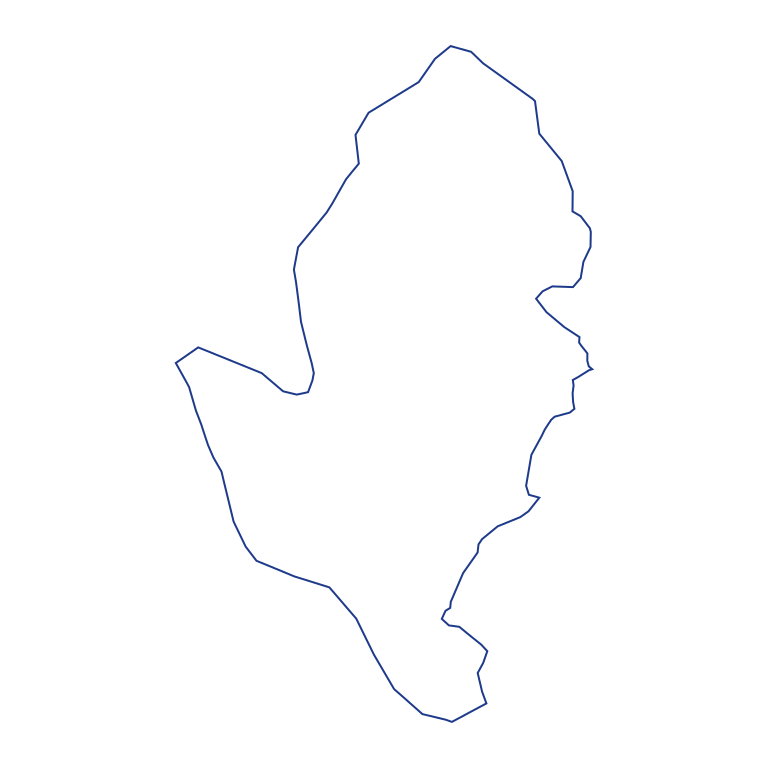 the district of Ogbadibo, Benue, Nigeria
{"feature_id": "59680162B26648923761656", "entity_name": "Ogbadibo", "entity_type": "district", "adm_level": 2, "iso_a3": "NGA", "parent_name": "Nigeria", "parent_adm1": "Benue", "projection": "natural_earth1", "projection_center": [7.68, 7.022], "detail": "fine", "context": "isolated", "style": "outline", "palette": "blue", "viewbox_px": 768, "rotation_deg": 0, "n_neighbors": 0, "source": "geoboundaries", "source_scale": "gbopen_adm2", "svg_char_len": 1573}
<svg xmlns="http://www.w3.org/2000/svg" viewBox="0 0 768 768"><path d="M445.7,719.7L451.9,721.9L486.4,703.4L482.1,691.7L477.7,673.0L483.2,662.9L487.3,651.2L481.3,644.7L468.0,634.0L459.3,626.8L448.9,625.4L441.8,618.9L445.5,610.8L450.2,607.9L450.8,601.8L463.1,573.1L477.6,552.5L478.5,544.4L482.1,539.1L497.7,526.3L520.3,517.1L528.5,511.3L539.3,497.7L535.9,496.7L528.9,494.8L526.1,485.8L531.4,454.8L541.6,436.1L544.7,429.7L547.9,424.7L551.2,419.8L554.6,416.7L569.8,412.6L574.4,408.8L573.1,402.0L572.6,393.3L573.6,385.3L572.8,380.0L577.9,377.2L582.8,374.1L589.1,370.2L592.2,369.2L588.8,366.4L587.3,360.9L587.4,353.4L581.5,346.0L579.1,342.6L579.5,337.1L564.4,327.2L546.5,312.2L536.1,298.7L542.6,291.3L552.3,286.4L573.0,287.1L580.7,278.1L583.4,261.9L590.5,247.0L590.8,231.9L589.9,228.3L580.7,216.2L572.5,211.4L572.7,191.2L561.7,161.0L539.3,133.7L535.0,101.1L532.8,99.0L483.2,63.4L471.1,51.8L450.6,46.1L435.0,58.8L418.7,82.1L368.6,112.7L355.5,134.9L358.8,163.6L356.7,166.2L351.8,172.1L346.0,179.3L332.4,203.3L326.7,212.4L319.6,221.1L313.8,228.2L298.1,247.2L293.9,269.6L296.0,282.0L298.8,303.5L301.0,321.8L306.7,344.9L311.7,363.2L313.8,373.1L312.4,380.5L308.1,392.1L304.9,392.9L296.7,394.6L283.1,391.3L261.7,373.1L198.2,347.4L175.8,363.0L186.3,381.9L189.1,387.1L195.9,410.5L201.3,424.6L203.2,430.5L206.2,439.6L208.0,445.0L213.4,457.5L218.1,465.7L221.5,471.6L223.9,481.7L233.6,521.6L245.7,546.7L256.5,560.8L288.3,573.9L294.3,576.4L329.4,587.4L356.3,618.7L360.7,627.7L373.9,654.6L394.1,689.1L400.4,694.6L422.4,714.1L445.7,719.7Z" fill="none" stroke="#1e3a8a" stroke-width="2"/></svg>